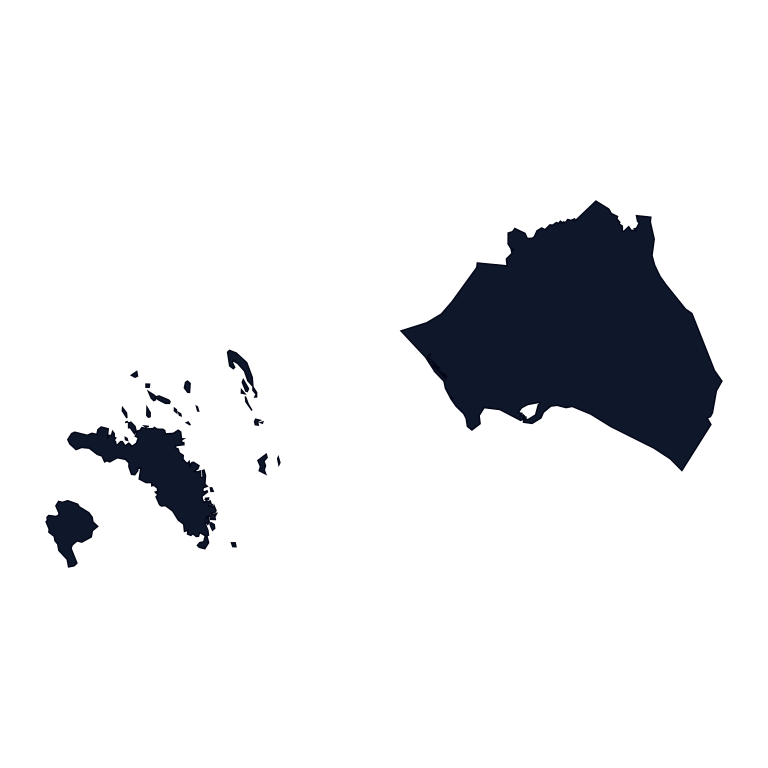 outline of Aceh Singkil, Aceh, Indonesia
{"feature_id": "22746128B17710719872214", "entity_name": "Aceh Singkil", "entity_type": "district", "adm_level": 2, "iso_a3": "IDN", "parent_name": "Indonesia", "parent_adm1": "Aceh", "projection": "mercator", "projection_center": [97.426, 2.307], "detail": "fine", "context": "isolated", "style": "filled", "palette": "ink", "viewbox_px": 768, "rotation_deg": 0, "n_neighbors": 0, "source": "geoboundaries", "source_scale": "gbopen_adm2", "svg_char_len": 6116}
<svg xmlns="http://www.w3.org/2000/svg" viewBox="0 0 768 768"><path d="M401.0,330.9L425.5,357.1L433.8,370.0L427.8,357.0L429.1,354.4L429.6,354.2L431.3,354.4L429.3,354.4L428.1,357.2L440.0,368.7L430.5,361.1L443.1,374.6L443.8,373.5L444.9,374.2L446.2,375.9L443.4,374.9L445.5,377.7L446.5,379.5L432.5,364.4L433.5,368.2L435.5,370.0L434.2,369.3L434.2,371.0L444.0,381.3L445.5,388.4L449.9,396.7L453.8,398.7L450.0,396.8L450.6,398.3L456.1,406.2L463.7,413.6L466.2,418.5L467.4,426.4L471.9,430.0L480.1,423.7L479.1,415.6L484.1,407.6L499.8,409.5L520.7,420.4L523.3,419.0L523.1,417.4L525.2,417.1L523.4,414.9L520.5,415.9L521.9,413.4L518.2,412.7L521.5,407.8L527.7,404.5L539.4,402.3L540.5,403.1L538.3,404.9L535.6,414.9L528.0,419.6L525.8,419.4L525.9,417.7L523.6,419.5L523.5,422.2L532.1,423.4L540.9,418.0L543.4,412.3L550.8,406.1L557.1,405.3L566.1,407.6L572.2,406.4L590.8,414.1L610.8,426.5L654.0,448.1L670.3,458.8L681.9,470.5L710.9,424.5L707.1,418.0L710.4,416.6L712.4,412.9L716.4,390.8L721.9,381.1L714.5,370.6L691.9,313.5L685.5,309.1L665.9,284.7L660.0,276.4L654.7,265.3L652.0,255.6L654.2,239.1L650.3,222.0L650.8,217.2L636.5,215.7L637.6,221.4L639.3,222.8L636.5,228.3L634.3,228.8L635.4,230.6L631.1,230.3L628.7,226.7L624.0,231.3L622.4,231.2L622.3,226.1L619.1,224.0L619.8,222.3L616.8,218.8L617.5,216.5L611.3,213.5L608.8,209.1L595.9,201.1L575.2,220.9L574.6,218.9L571.0,220.4L567.7,219.5L565.4,222.7L563.5,221.9L562.5,223.0L560.4,221.2L558.6,223.4L556.3,222.6L552.7,225.2L549.9,224.9L545.1,229.7L541.7,228.0L537.0,230.8L534.4,236.7L532.2,238.3L527.3,238.5L525.0,233.4L514.8,228.5L512.6,231.7L508.2,233.0L508.1,243.9L510.9,248.4L513.6,249.5L512.9,250.7L511.3,249.9L512.0,253.4L506.4,258.9L507.1,265.9L477.3,263.0L476.8,267.5L451.9,301.9L441.3,314.1L426.7,322.8L401.0,330.9ZM101.2,427.0L97.9,429.7L96.9,434.5L91.9,433.3L87.3,435.3L74.7,432.2L71.6,433.6L67.8,439.6L69.9,444.0L76.1,449.6L81.6,447.4L89.3,448.2L97.3,454.4L102.0,456.0L104.7,461.9L106.9,460.7L109.7,461.9L117.3,457.7L125.5,459.4L129.0,462.9L128.9,466.8L131.5,474.3L134.8,474.7L137.8,470.6L137.9,468.2L140.8,468.2L139.2,479.0L146.2,482.6L151.7,482.6L151.8,485.8L153.6,485.2L157.3,487.9L157.8,491.2L155.3,492.1L158.0,494.9L156.1,496.8L159.6,504.7L161.4,506.0L165.4,505.6L172.7,511.0L178.3,520.1L183.7,524.1L184.5,531.4L188.0,530.3L187.5,534.0L190.9,535.4L192.9,533.7L196.2,536.5L198.5,536.3L199.6,532.5L205.3,535.7L203.8,541.8L199.8,542.6L197.4,545.4L199.3,547.3L204.8,548.7L208.6,542.7L206.9,536.1L208.5,535.1L207.9,530.4L205.0,523.2L206.2,522.4L207.7,524.3L209.3,522.3L208.3,516.8L206.2,518.8L206.0,517.4L209.1,516.1L210.3,516.5L210.6,519.3L215.3,519.5L214.5,515.2L215.5,515.6L216.6,513.5L213.4,514.5L211.2,513.1L215.4,512.0L216.0,510.4L214.0,505.7L213.4,507.0L211.6,506.6L212.2,504.9L208.7,506.3L208.7,504.2L211.1,503.7L210.1,500.9L208.2,501.8L206.5,500.7L203.9,502.5L202.3,499.3L201.9,496.3L207.5,491.9L207.0,490.8L203.9,492.0L202.4,490.1L203.5,487.7L207.2,486.3L204.9,484.2L205.5,475.4L204.0,470.1L202.7,470.6L203.1,477.7L200.6,477.3L200.6,470.9L197.1,472.0L194.3,471.1L197.9,468.7L199.0,465.7L193.4,462.2L191.4,462.9L189.9,466.5L189.1,461.5L187.6,463.3L186.1,462.7L183.0,459.2L183.2,455.4L179.3,452.8L178.0,448.8L175.6,448.1L175.6,445.7L183.9,444.7L183.8,442.7L182.3,442.7L181.2,440.2L183.4,438.9L181.5,438.9L180.7,432.0L178.2,430.2L173.3,433.4L165.4,433.9L164.7,430.5L162.9,429.3L157.3,429.2L154.4,427.4L153.4,428.6L147.0,428.9L142.0,427.5L139.9,430.4L137.6,430.9L135.3,436.2L138.4,437.8L136.4,443.3L132.0,446.3L128.8,443.1L125.2,446.0L122.3,441.6L120.6,441.6L117.1,445.3L116.0,444.6L115.5,441.5L113.9,440.4L115.7,437.9L114.3,437.3L114.2,433.5L112.6,431.4L111.4,435.5L109.0,435.4L107.3,438.7L108.2,428.8L101.2,427.0ZM67.7,500.7L62.4,502.4L58.6,501.4L55.9,505.9L59.1,513.3L58.3,515.5L55.9,516.5L48.8,515.5L47.0,517.3L47.4,520.4L46.1,521.8L49.2,529.1L48.9,532.2L54.3,536.4L55.0,540.8L57.8,544.1L58.8,550.4L67.2,559.4L68.6,566.9L74.1,565.8L76.9,563.1L71.0,548.4L72.2,545.0L77.0,540.9L81.8,542.1L91.3,536.9L92.3,530.8L97.7,526.4L92.9,521.9L92.2,517.3L88.8,512.7L79.2,506.8L77.6,504.2L67.7,500.7ZM229.5,350.4L227.6,352.2L229.7,365.9L233.3,368.7L234.7,367.3L232.4,362.8L233.0,360.6L237.8,363.5L244.5,371.1L247.8,380.6L252.9,386.4L252.2,377.3L246.7,362.6L236.2,353.0L229.5,350.4ZM263.9,461.1L267.1,457.5L266.2,454.2L257.9,460.5L260.5,466.5L259.2,470.7L265.7,474.0L264.2,469.9L265.5,465.8L263.9,461.1ZM169.4,403.4L170.0,401.6L168.6,400.0L159.1,396.0L156.4,396.6L156.2,398.3L159.2,400.2L165.3,403.3L169.4,403.4ZM135.0,426.4L130.9,422.2L128.6,423.1L128.6,427.7L130.3,427.6L134.4,433.6L136.1,431.0L135.0,426.4ZM189.5,392.4L190.1,383.4L187.5,381.1L185.6,382.3L184.4,387.8L187.6,392.2L189.5,392.4ZM155.3,399.9L154.8,395.6L148.4,391.5L151.2,398.0L153.7,400.6L155.3,399.9ZM248.5,388.7L243.3,379.7L242.3,382.4L245.9,391.1L247.3,391.5L248.5,388.7ZM214.2,524.6L211.0,522.7L210.0,524.4L212.5,530.2L214.7,528.4L214.2,524.6ZM150.1,416.7L150.2,412.7L147.0,407.3L146.8,415.4L148.4,417.2L150.1,416.7ZM126.9,418.0L126.5,412.9L122.6,407.8L122.3,410.8L126.9,418.0ZM259.9,420.3L255.7,419.2L254.6,421.6L255.3,424.7L258.2,425.1L257.6,421.4L259.9,420.3ZM235.9,546.7L235.2,542.8L231.5,542.8L232.8,546.6L235.9,546.7ZM135.0,377.2L137.5,376.1L136.7,371.6L131.4,375.2L135.0,377.2ZM252.0,410.5L248.2,404.0L245.4,396.5L245.9,401.8L252.0,410.5ZM256.6,396.9L256.6,392.5L253.0,386.9L252.9,390.3L256.2,394.3L254.8,397.0L256.6,396.9ZM149.1,387.3L149.6,384.2L146.0,384.1L146.0,387.2L149.1,387.3ZM176.7,412.7L176.4,409.8L174.5,408.3L174.4,410.8L176.7,412.7ZM213.2,491.3L211.8,487.9L210.4,487.9L211.0,491.4L213.2,491.3ZM241.4,393.1L244.8,393.7L241.5,389.9L241.4,393.1ZM278.9,464.7L279.9,462.6L278.3,457.2L277.7,458.7L278.9,464.7ZM181.1,415.8L180.7,413.9L178.7,412.7L179.5,415.3L181.1,415.8ZM190.4,425.0L188.1,422.0L186.5,422.7L190.4,425.0ZM208.6,498.0L205.7,498.3L205.3,499.3L208.4,499.4L208.6,498.0ZM198.6,411.0L197.4,406.9L196.5,406.4L197.7,410.9L198.6,411.0ZM125.3,437.5L125.5,439.7L127.5,440.3L127.0,438.4L125.3,437.5ZM148.8,426.4L144.5,426.0L146.0,427.2L148.8,426.4ZM262.4,423.2L262.8,422.0L260.8,422.6L262.4,423.2ZM127.2,421.6L125.1,422.5L127.5,422.0L127.2,421.6Z" fill="#0f172a" stroke="#020617" stroke-width="1.5"/></svg>